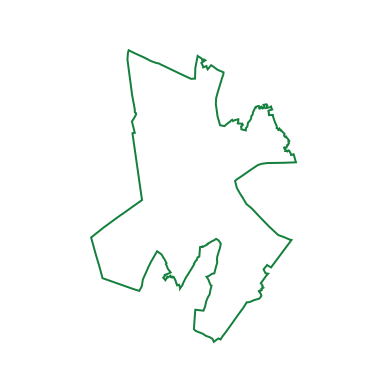 outline of Gwale, Kano, Nigeria, rotated 349°
{"feature_id": "59680162B24203265637376", "entity_name": "Gwale", "entity_type": "district", "adm_level": 2, "iso_a3": "NGA", "parent_name": "Nigeria", "parent_adm1": "Kano", "projection": "robinson", "projection_center": [8.494, 11.979], "detail": "fine", "context": "isolated", "style": "outline", "palette": "green", "viewbox_px": 384, "rotation_deg": 349, "n_neighbors": 0, "source": "geoboundaries", "source_scale": "gbopen_adm2", "svg_char_len": 5994}
<svg xmlns="http://www.w3.org/2000/svg" viewBox="0 0 384 384"><g transform="rotate(349 192 192)"><path d="M274.0,120.3L272.9,120.2L271.5,120.6L270.9,121.3L270.5,120.9L269.6,122.0L268.6,123.4L267.1,125.3L266.5,127.2L266.1,127.7L264.7,128.9L264.2,130.7L263.8,131.4L263.4,132.0L261.5,133.8L260.4,134.4L260.3,134.8L260.0,135.1L259.9,135.5L258.8,138.3L257.8,139.1L257.0,139.6L256.8,141.0L256.6,141.8L256.2,141.6L255.5,141.2L254.3,140.8L253.3,140.3L252.5,139.9L252.6,137.4L253.2,137.2L253.3,136.5L254.7,135.8L254.4,134.5L253.4,134.4L251.8,133.8L250.5,133.7L250.0,133.4L250.8,131.6L251.4,129.8L251.4,129.4L250.5,129.5L248.3,129.6L246.6,129.9L245.8,130.2L245.2,128.8L244.0,129.3L242.8,130.2L240.1,131.4L236.4,133.5L232.3,131.8L231.5,122.8L231.9,115.9L232.1,110.6L233.6,104.5L236.2,99.2L242.2,87.9L242.8,86.6L244.0,84.6L245.3,82.4L245.5,81.3L245.8,80.6L244.1,79.4L240.5,77.0L236.8,73.0L235.6,71.7L235.0,71.2L230.8,74.6L230.3,72.8L230.2,71.1L226.7,71.8L226.7,70.1L225.8,67.1L230.2,65.3L228.8,64.1L227.1,64.4L227.0,62.9L225.4,61.4L223.5,59.5L218.9,71.0L216.6,81.3L212.6,80.7L204.3,74.7L188.7,63.1L187.5,62.2L185.5,60.8L184.2,59.6L181.7,58.6L178.6,56.8L175.1,54.5L174.4,53.7L173.6,53.1L173.3,52.8L172.7,52.6L172.0,51.8L161.6,44.4L156.9,40.8L155.7,43.1L153.9,49.6L151.7,85.8L151.6,100.1L151.5,100.3L151.1,102.8L151.4,103.3L151.9,103.7L152.0,105.1L150.6,106.8L148.8,108.9L146.5,111.3L147.1,123.0L144.8,122.9L144.7,124.2L141.6,186.0L141.5,190.3L131.1,195.0L120.0,200.1L118.2,200.8L111.4,203.9L101.7,208.5L98.5,210.0L84.3,217.4L85.6,234.4L86.8,246.7L87.4,254.5L87.7,259.5L98.1,265.6L116.5,276.4L121.3,279.0L122.5,277.7L123.6,276.4L124.9,274.6L126.9,268.9L128.4,266.6L133.3,259.7L134.7,257.5L135.9,256.0L138.7,252.3L139.9,251.0L140.9,249.9L142.1,248.5L145.8,244.2L146.4,243.5L147.5,244.6L148.4,245.7L149.2,246.4L149.9,247.1L150.4,248.1L150.8,249.3L151.4,251.1L152.1,252.5L152.5,253.9L153.0,255.5L153.4,257.1L152.6,257.8L153.0,259.0L153.6,262.6L154.3,264.1L155.7,266.9L153.6,267.5L149.4,268.2L149.5,269.0L147.4,270.6L149.1,273.5L151.5,270.5L151.9,271.3L154.9,270.1L155.0,271.4L156.5,271.4L156.4,272.0L156.7,272.0L156.8,272.2L157.8,272.0L158.4,273.8L158.8,275.4L159.0,276.0L159.0,276.7L159.1,277.3L159.2,278.8L159.4,278.9L159.6,280.8L161.6,280.6L161.8,281.9L161.9,282.5L161.9,283.3L162.0,283.8L161.9,284.4L163.1,283.2L165.3,281.1L165.3,280.5L165.7,280.0L170.1,274.3L171.3,273.2L177.0,267.1L180.4,263.2L180.3,262.6L181.2,261.8L182.8,260.0L183.5,259.9L185.0,257.2L186.8,256.9L189.4,247.6L190.2,247.6L191.0,247.8L191.8,247.4L192.1,248.0L193.3,247.6L197.4,246.3L197.4,245.7L199.7,245.1L202.0,244.2L204.5,243.6L206.7,242.6L208.5,244.2L209.3,245.5L210.4,248.3L209.0,251.7L208.2,253.4L206.8,255.7L205.9,257.6L204.4,260.4L203.5,263.7L203.5,265.1L203.1,266.5L201.2,270.1L198.4,276.1L196.0,276.1L193.3,277.3L191.8,277.8L190.1,278.0L191.2,280.6L191.6,282.0L191.6,282.3L191.8,283.4L191.9,284.4L192.6,287.1L193.3,287.7L193.1,288.1L191.4,291.6L191.0,292.8L190.7,293.5L190.4,294.1L190.1,295.1L189.5,296.3L188.8,296.9L188.0,297.8L187.0,299.1L185.9,300.8L185.2,301.8L184.4,303.6L183.1,306.7L180.6,310.7L172.8,308.2L171.6,312.4L167.7,327.0L168.9,328.8L170.3,329.9L175.3,333.0L178.4,336.0L181.2,337.6L182.1,338.2L184.0,340.0L184.5,341.3L184.8,343.2L190.0,340.8L191.9,342.2L194.0,339.9L198.5,335.9L203.1,331.6L207.2,327.7L210.0,325.0L213.5,321.7L220.2,315.5L224.7,310.7L225.5,311.0L226.9,311.0L227.7,310.9L228.9,310.8L230.0,310.5L231.2,310.3L232.3,309.9L233.6,309.9L234.6,309.8L235.6,309.7L236.7,309.6L237.7,309.5L238.4,308.9L239.0,308.5L239.7,307.8L240.3,307.1L240.1,305.2L238.7,302.0L239.5,301.7L240.1,302.2L241.7,301.6L241.4,301.0L241.6,300.8L241.6,300.3L243.4,299.7L243.1,299.5L242.9,299.2L242.9,298.8L242.9,298.6L243.4,298.2L243.2,297.5L243.4,297.1L242.9,296.4L242.8,295.9L242.1,294.7L248.7,288.6L251.1,286.7L248.7,285.8L248.3,284.6L247.5,281.6L251.8,278.0L252.7,279.0L255.2,281.1L280.4,258.2L280.5,258.1L278.7,257.2L278.7,257.3L274.4,254.3L268.3,250.6L261.0,240.5L253.3,228.7L247.6,219.6L243.1,214.2L241.1,208.5L240.9,207.9L238.7,202.3L236.8,196.6L236.4,189.4L238.3,188.2L243.6,186.0L253.7,181.5L261.8,178.1L266.2,177.6L271.7,178.0L276.8,178.9L283.0,180.0L288.1,180.9L299.7,182.7L299.1,175.8L298.9,174.3L297.7,174.6L297.2,174.6L296.3,174.5L296.3,173.5L295.5,170.4L295.4,170.3L295.2,170.3L294.9,170.0L294.8,169.6L294.6,169.5L294.4,169.5L293.8,170.0L293.5,170.3L293.2,169.9L293.0,169.7L292.8,169.6L292.6,169.6L292.1,169.8L291.8,169.7L291.4,169.6L291.9,168.8L291.1,167.4L290.9,166.0L291.5,165.9L291.8,167.0L292.7,166.5L293.2,166.4L293.7,165.4L293.9,165.4L294.3,164.6L294.5,163.9L295.3,163.5L295.5,163.8L296.5,162.5L296.2,160.9L297.2,160.5L296.8,159.4L296.5,159.3L296.3,158.2L295.6,157.2L294.9,155.5L294.1,155.9L293.7,155.2L293.4,154.9L293.1,154.4L293.2,153.8L293.7,153.3L293.9,152.8L293.9,152.5L293.7,152.1L293.4,151.7L292.7,150.8L292.3,150.2L291.9,149.3L291.7,149.0L291.2,149.0L291.1,148.5L291.0,148.1L290.4,148.1L290.2,147.2L290.0,146.5L289.4,147.0L289.3,147.3L289.1,147.4L288.6,147.6L288.1,145.9L287.8,145.0L287.4,145.1L287.7,143.8L287.7,143.2L287.5,142.3L287.2,141.1L286.8,139.6L286.1,134.7L286.0,134.0L286.0,132.4L286.1,131.8L283.1,131.3L282.6,131.3L282.3,131.3L282.2,130.8L282.5,130.1L282.4,129.8L282.4,129.6L282.5,129.5L282.6,128.5L282.5,128.3L282.4,128.0L282.4,127.5L282.5,127.1L282.5,126.9L282.7,126.7L283.5,126.6L284.0,126.6L284.6,126.6L285.0,126.5L285.7,126.4L285.8,126.2L286.4,126.2L286.1,125.2L285.9,124.2L285.9,123.2L285.0,123.5L284.8,123.6L284.6,123.6L284.1,123.7L283.2,123.6L282.5,123.7L282.0,123.7L281.0,123.7L281.4,123.2L281.7,122.4L281.8,122.0L282.1,121.4L282.4,121.2L282.2,120.9L281.9,120.5L281.9,120.2L281.7,120.1L281.1,120.1L278.9,120.1L279.0,120.7L279.2,121.6L279.1,122.2L279.2,122.3L279.0,123.0L278.9,123.0L278.1,123.1L277.7,123.3L277.3,123.5L277.1,123.2L276.9,122.7L276.7,122.2L276.8,122.2L276.7,121.5L276.6,121.4L275.8,121.7L275.4,122.0L275.1,122.4L275.1,122.6L274.8,122.6L274.3,123.1L273.9,122.8L274.0,122.1L274.1,121.6L274.0,120.8L274.0,120.3Z" fill="none" stroke="#15803d" stroke-width="2"/></g></svg>